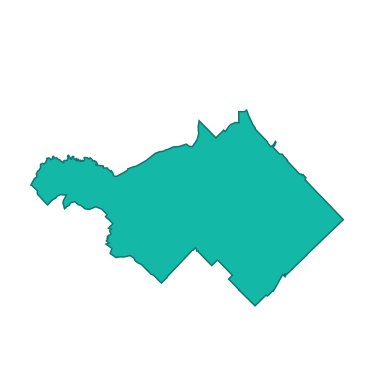 the district of Ballarat, Victoria, Australia, rotated 127°
{"feature_id": "25037944B10145309156113", "entity_name": "Ballarat", "entity_type": "district", "adm_level": 2, "iso_a3": "AUS", "parent_name": "Australia", "parent_adm1": "Victoria", "projection": "mercator", "projection_center": [143.86, -37.519], "detail": "fine", "context": "isolated", "style": "filled", "palette": "teal", "viewbox_px": 384, "rotation_deg": 127, "n_neighbors": 0, "source": "geoboundaries", "source_scale": "gbopen_adm2", "svg_char_len": 5833}
<svg xmlns="http://www.w3.org/2000/svg" viewBox="0 0 384 384"><g transform="rotate(127 192 192)"><path d="M283.1,161.6L278.1,160.8L275.5,160.4L274.8,160.6L274.5,160.8L238.4,156.7L238.0,156.2L234.3,155.5L234.6,154.9L235.0,154.2L235.7,153.3L236.3,152.8L235.6,151.7L235.8,151.5L236.8,145.6L238.9,132.0L230.9,130.7L234.2,109.6L239.5,110.4L241.8,95.2L242.1,95.4L242.6,90.8L245.0,73.1L230.0,70.9L229.6,69.1L221.8,67.9L221.9,67.4L218.0,67.9L203.3,69.9L203.7,66.7L203.0,66.9L201.9,67.0L201.6,67.1L201.5,67.3L201.3,67.5L201.6,67.8L202.0,67.7L202.2,67.9L202.2,68.0L201.9,68.5L201.4,68.4L201.2,68.2L200.8,67.6L200.6,66.8L200.4,66.7L186.8,64.6L180.1,63.5L173.1,62.4L173.1,62.7L123.0,54.5L118.1,84.9L116.6,94.9L114.2,108.9L113.9,108.8L112.6,109.7L112.1,109.6L111.3,113.7L112.4,114.1L112.0,115.6L112.9,116.8L112.7,118.5L112.0,122.1L111.6,125.0L109.9,134.9L109.2,134.8L108.2,141.0L107.4,142.4L109.0,145.0L107.5,154.3L106.0,154.1L104.9,154.1L104.1,154.3L101.7,154.9L101.5,155.8L104.7,155.4L105.2,155.4L105.8,155.5L108.3,156.2L107.6,160.4L106.5,162.1L104.0,177.7L103.8,179.3L102.9,180.0L101.6,183.8L96.7,193.1L93.7,197.7L93.8,197.8L96.0,198.2L99.8,203.0L108.6,196.2L108.7,196.9L110.5,199.2L114.4,201.5L116.5,202.0L118.6,202.0L123.8,201.7L123.4,203.9L134.3,205.5L130.8,229.2L136.0,226.4L139.6,223.5L140.7,222.2L143.9,220.6L147.8,219.3L155.7,219.0L157.2,221.9L157.2,225.4L163.4,229.6L167.4,234.2L172.7,237.0L174.5,238.4L176.7,239.5L179.6,242.3L183.2,244.6L193.9,247.4L196.3,248.3L204.8,252.0L208.7,255.0L212.3,257.2L212.6,256.9L213.8,256.7L216.8,257.9L224.7,261.5L225.9,263.1L226.1,263.9L225.6,265.0L225.4,265.6L224.3,267.1L223.7,269.3L224.5,269.4L224.4,269.5L224.2,269.7L224.3,269.8L224.4,270.0L224.5,270.3L224.4,271.0L224.4,271.3L224.3,271.7L224.4,272.8L223.9,273.6L223.8,274.0L224.1,274.7L224.3,274.9L224.6,275.1L224.8,275.2L224.9,275.6L225.4,276.2L225.7,276.4L225.9,276.8L225.9,277.2L225.7,277.8L225.1,278.1L224.9,278.3L224.7,278.5L224.8,279.0L225.0,279.4L225.5,280.0L225.8,280.4L226.2,281.0L226.3,281.2L226.5,281.7L226.7,282.3L227.2,283.1L227.5,283.7L228.0,284.5L228.2,285.1L228.1,285.4L227.8,285.5L227.4,285.3L227.1,285.0L226.9,284.8L226.5,284.8L226.4,284.9L226.2,285.1L225.8,286.5L225.5,287.1L225.5,287.4L225.7,287.9L226.0,288.2L226.0,288.5L225.8,288.8L225.9,289.0L226.3,289.1L226.6,289.4L226.8,289.8L226.8,290.1L226.7,290.6L226.6,290.8L226.4,291.1L226.3,291.4L226.1,291.9L226.1,292.2L226.3,293.0L226.2,293.3L226.0,293.7L226.1,293.8L226.2,294.0L226.9,293.9L227.2,294.0L227.4,294.2L227.6,294.7L227.5,295.6L227.6,296.1L228.3,297.4L228.5,297.6L228.8,298.3L229.3,298.7L229.5,298.8L229.8,298.4L230.0,298.2L230.8,297.6L231.0,297.3L231.9,297.2L232.4,297.4L232.8,297.6L232.9,297.8L232.9,298.0L232.7,298.5L232.8,298.7L232.9,298.8L233.2,298.9L233.5,298.8L233.9,298.7L234.0,298.8L234.3,299.1L234.4,299.4L233.8,299.9L233.8,300.1L233.7,300.3L233.9,300.6L234.1,300.7L235.2,300.9L235.3,301.0L235.4,301.4L235.2,301.6L234.5,302.2L234.3,302.6L234.6,303.0L235.1,302.9L235.9,302.8L236.1,302.8L236.5,303.1L236.6,303.4L236.5,303.5L236.2,303.8L235.4,303.8L235.2,303.9L234.9,304.3L234.9,304.6L235.1,304.7L235.8,304.7L236.3,304.9L236.4,305.0L236.6,305.7L236.6,306.0L236.3,306.5L236.0,307.3L235.5,307.4L235.2,307.5L234.9,307.9L235.1,308.4L235.3,308.7L236.2,308.9L236.8,308.7L237.1,308.4L237.7,308.1L238.4,308.1L238.8,308.3L238.9,308.6L238.8,308.9L238.1,309.7L237.9,310.1L237.8,310.7L237.7,311.2L237.3,312.0L237.0,312.3L236.9,312.7L237.3,312.9L238.1,313.0L238.5,312.7L239.0,312.0L239.1,311.6L239.3,311.5L240.0,311.3L240.5,311.4L241.0,311.3L241.3,310.9L241.7,310.7L242.2,310.9L242.5,311.1L242.9,311.7L243.3,312.5L243.5,312.8L243.8,313.0L244.2,313.1L244.6,313.0L244.8,312.9L245.3,312.3L245.5,312.1L245.8,312.3L245.8,312.9L246.2,313.5L246.2,313.9L246.0,314.4L246.4,315.0L246.3,315.5L245.9,316.6L246.5,318.1L246.4,318.6L246.5,319.1L246.2,320.6L246.3,320.9L246.6,321.1L246.8,321.2L247.1,321.5L247.3,321.9L247.5,322.5L247.4,322.8L247.0,323.5L246.9,323.9L247.0,324.2L247.2,324.4L247.5,324.5L247.8,324.5L248.1,324.4L248.6,324.0L248.9,323.7L249.2,323.2L249.4,323.1L249.6,323.2L251.2,324.4L251.3,324.6L251.2,325.0L250.7,325.6L250.9,326.4L251.0,326.9L251.1,327.0L251.8,327.5L252.4,328.2L252.6,328.2L252.8,327.4L255.0,327.1L255.7,326.9L256.1,326.8L258.2,326.8L258.3,326.9L259.2,328.7L260.5,329.3L261.0,329.4L261.3,329.5L262.8,328.4L263.1,328.2L263.5,327.6L266.5,327.2L266.8,327.3L267.5,327.6L268.3,327.7L271.1,327.3L271.5,326.9L272.5,325.6L272.8,325.4L273.2,325.2L273.6,325.2L276.6,325.9L277.4,325.6L282.1,325.1L283.5,324.7L283.2,323.6L284.1,316.1L284.2,315.9L284.3,315.8L285.4,315.4L286.7,314.2L289.3,299.6L288.6,299.4L288.2,299.3L284.3,299.1L283.6,299.1L282.7,298.8L279.0,297.3L278.4,297.2L276.7,297.1L275.9,297.0L275.1,296.6L273.7,295.7L273.1,295.2L270.5,291.1L270.0,290.5L276.2,289.5L277.2,289.1L278.8,288.1L280.0,286.2L280.2,285.9L280.9,285.3L281.2,285.0L281.8,284.1L282.1,283.7L280.9,283.5L278.7,283.2L278.4,282.8L276.3,282.1L274.5,282.3L272.4,282.0L272.2,281.5L272.0,281.1L271.1,280.6L270.3,279.9L270.3,279.1L270.3,278.3L270.7,275.3L269.6,273.1L269.5,270.5L269.8,268.7L269.8,268.1L269.8,267.6L269.7,267.1L268.0,264.3L267.7,263.5L261.8,260.0L260.7,256.5L260.0,253.7L261.2,246.0L263.7,246.3L264.1,243.7L263.8,243.7L264.0,241.8L265.0,236.1L271.2,237.0L271.3,236.9L270.7,234.7L270.5,234.3L270.4,234.1L272.3,234.4L272.6,234.3L272.9,234.1L273.9,232.0L274.1,231.8L274.4,231.6L275.3,231.4L276.6,232.4L278.6,232.7L278.7,231.8L279.9,232.0L280.0,231.1L282.6,231.0L282.6,229.9L282.5,227.5L285.4,229.3L285.2,222.0L290.3,220.4L290.2,213.6L290.1,213.2L289.2,212.5L286.9,210.2L284.9,207.4L284.3,206.7L282.8,205.5L281.2,204.1L280.4,203.5L280.0,203.0L279.7,198.9L281.2,195.8L281.0,191.8L280.3,189.1L280.2,188.7L280.3,188.2L280.6,187.1L281.9,177.8L282.3,175.5L282.1,174.8L281.9,174.5L281.9,173.5L281.5,172.3L282.6,166.0L283.1,161.6Z" fill="#14b8a6" stroke="#0f766e" stroke-width="1.5"/></g></svg>